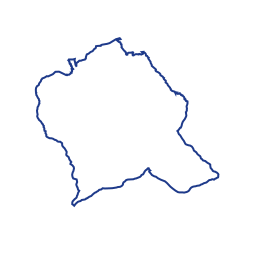 Saschiz, Mures, Romania, rotated 11°
{"feature_id": "2599482B37274548789390", "entity_name": "Saschiz", "entity_type": "district", "adm_level": 2, "iso_a3": "ROU", "parent_name": "Romania", "parent_adm1": "Mures", "projection": "robinson", "projection_center": [24.99, 46.172], "detail": "fine", "context": "isolated", "style": "outline", "palette": "blue", "viewbox_px": 256, "rotation_deg": 11, "n_neighbors": 0, "source": "geoboundaries", "source_scale": "gbopen_adm2", "svg_char_len": 5680}
<svg xmlns="http://www.w3.org/2000/svg" viewBox="0 0 256 256"><g transform="rotate(11 128 128)"><path d="M90.0,214.6L91.1,212.4L92.8,210.1L94.1,209.3L95.3,208.8L96.3,207.5L99.3,206.4L100.1,205.8L100.5,205.1L101.6,204.6L101.7,204.3L103.2,202.8L104.8,201.8L105.2,201.3L106.1,199.9L107.3,198.4L108.0,197.7L108.8,197.3L109.2,196.7L110.6,195.6L111.5,194.2L113.5,193.4L114.6,192.0L116.8,191.8L124.0,190.1L128.1,188.6L129.3,187.9L131.4,187.3L132.8,186.2L133.6,185.0L133.8,184.5L133.7,183.4L134.0,182.2L135.2,181.0L136.2,179.4L137.8,178.6L143.0,177.3L144.4,176.4L145.7,175.9L149.1,173.7L149.8,172.8L150.2,171.6L151.8,170.5L151.9,169.7L152.5,168.5L152.5,167.8L152.8,167.2L153.5,166.0L154.4,165.3L154.7,164.5L155.3,163.7L156.0,163.6L156.3,164.1L156.9,164.7L156.8,164.8L157.0,165.0L157.0,165.3L157.2,165.5L157.7,165.6L157.1,166.3L157.1,166.8L157.4,167.1L158.9,168.2L160.5,169.6L163.0,170.4L164.8,170.5L166.9,171.6L170.1,172.5L174.5,173.3L176.8,174.6L180.8,177.5L183.6,179.0L186.5,180.4L189.2,181.4L190.8,181.4L193.8,180.8L195.4,180.7L197.9,179.6L199.4,178.4L200.1,177.2L200.6,175.8L201.3,174.6L202.5,173.5L203.9,172.8L205.5,172.3L206.7,171.6L209.3,170.7L210.4,169.6L211.7,168.9L212.9,167.8L215.4,166.5L217.1,164.4L217.4,163.9L218.0,163.5L219.4,163.0L220.3,162.3L221.3,162.1L222.0,162.3L222.4,162.2L223.3,161.1L224.2,160.6L224.7,160.0L225.8,159.3L225.9,158.5L225.7,157.9L225.6,156.3L225.2,155.8L223.9,154.9L221.7,154.2L220.9,154.3L219.4,153.9L218.6,152.9L216.7,151.4L215.9,149.2L215.8,148.4L215.1,147.8L212.9,147.1L211.4,146.4L210.3,145.7L207.7,145.5L206.7,144.5L205.4,144.0L204.5,142.2L203.9,141.7L202.8,141.3L201.2,140.4L200.4,139.6L199.6,138.7L199.0,138.6L198.2,138.1L197.0,137.6L195.9,135.7L194.3,134.1L192.5,133.4L190.6,133.4L188.4,133.1L187.6,132.8L187.0,132.2L185.3,130.0L183.1,128.0L180.6,125.2L179.2,124.4L178.4,123.3L177.7,121.9L177.1,121.5L178.0,120.3L179.0,118.2L179.1,117.9L179.7,117.7L179.9,117.1L180.2,115.6L180.2,113.9L180.5,111.8L181.0,110.5L182.1,108.3L182.8,105.7L182.9,104.7L181.8,101.4L182.2,100.8L182.4,99.2L182.1,98.3L182.2,97.8L181.4,95.7L181.4,95.2L181.7,93.6L181.7,92.1L181.5,91.9L181.4,90.8L181.3,90.5L180.4,90.3L179.8,90.4L178.8,88.7L178.3,88.7L178.0,89.0L177.7,88.7L177.7,88.3L178.0,88.2L177.0,86.8L175.8,86.1L175.5,85.7L174.9,85.8L174.7,85.5L174.0,85.5L174.0,85.1L172.4,84.6L172.2,84.0L171.6,84.1L171.0,84.8L170.2,85.0L168.4,84.5L168.3,84.2L168.7,83.8L168.0,83.8L167.8,84.0L167.9,84.8L166.8,83.4L164.3,83.2L162.8,82.4L162.7,82.3L162.7,81.7L162.0,81.2L161.6,80.4L159.2,78.6L158.8,78.2L158.4,77.4L158.0,77.0L156.2,76.1L156.2,74.7L156.0,74.3L155.1,73.9L154.0,73.2L153.6,72.7L153.8,72.0L152.9,71.6L152.2,70.9L149.8,70.0L149.4,68.9L148.5,68.2L146.9,67.5L144.8,67.0L144.1,66.4L144.3,65.4L144.1,65.1L139.5,62.5L139.2,61.4L137.8,59.8L137.6,58.9L137.4,58.6L134.7,56.0L134.6,55.7L134.9,55.1L133.7,54.4L133.0,53.6L131.8,53.5L131.4,52.1L131.1,51.7L130.2,51.0L129.3,51.1L128.9,50.2L127.1,50.8L127.8,51.3L128.5,52.3L128.1,52.7L127.5,52.9L126.9,53.4L126.3,53.2L125.1,53.1L124.8,53.2L124.8,53.6L124.5,53.8L122.7,53.8L121.2,54.2L120.3,54.9L119.7,55.6L119.1,55.8L118.7,55.6L118.4,54.6L118.7,53.0L118.3,52.7L117.8,52.8L116.9,53.4L114.2,54.0L113.7,54.4L113.4,55.0L113.4,56.1L112.8,56.4L112.4,56.3L111.9,55.8L111.9,54.7L111.2,54.3L111.0,53.6L109.4,52.8L106.3,50.1L106.2,50.0L106.3,49.2L105.9,48.4L105.7,47.2L105.0,47.0L104.5,46.0L104.1,45.4L103.9,45.3L103.3,45.4L102.5,45.2L100.1,43.8L100.0,43.6L100.3,43.0L100.9,43.2L101.2,42.9L101.8,43.0L103.2,42.5L103.7,42.2L102.7,41.4L99.3,43.1L93.7,48.2L91.4,49.4L86.6,51.2L85.3,52.2L85.4,52.6L82.6,53.2L81.0,53.8L81.1,55.1L80.9,56.0L80.3,56.4L79.8,56.9L78.6,59.3L76.7,60.6L75.1,62.6L73.5,63.6L73.1,66.6L73.4,67.3L73.2,68.2L72.9,68.4L72.7,69.0L70.2,70.1L69.2,70.8L67.8,71.2L67.4,71.2L66.7,72.1L66.5,72.6L66.0,72.9L65.1,74.1L65.2,75.7L65.5,76.8L65.3,77.0L64.4,76.0L64.0,74.9L63.9,74.3L63.6,74.0L63.6,73.5L62.9,72.5L62.6,71.5L62.6,70.4L60.9,71.2L56.9,72.0L56.7,72.5L57.3,72.4L57.2,72.9L57.6,73.7L57.5,74.0L57.9,74.1L58.1,74.4L58.2,75.4L59.2,75.8L59.0,76.3L59.9,76.6L60.1,77.1L60.0,77.6L60.8,78.0L60.6,78.4L61.5,79.1L61.5,79.5L62.2,80.3L62.8,80.4L63.0,80.6L62.8,80.8L62.0,80.9L62.3,81.2L61.8,81.7L62.1,82.0L62.1,82.6L62.3,83.1L62.0,84.0L62.1,84.4L61.4,84.5L61.6,84.9L61.4,85.4L60.7,86.1L60.2,86.8L58.9,87.2L58.4,87.6L57.9,87.3L57.6,87.7L57.2,87.6L57.0,87.8L49.8,85.9L48.9,86.0L46.0,86.7L44.0,89.5L39.7,92.6L38.4,92.6L36.5,94.4L34.4,95.7L34.1,96.6L33.7,97.0L33.5,98.8L32.5,100.7L32.2,101.7L32.3,102.6L31.8,103.3L30.7,104.3L30.1,106.2L30.2,107.9L30.8,110.4L31.2,110.7L31.1,111.4L31.6,112.4L31.7,113.1L32.4,113.7L33.8,115.6L34.9,116.5L35.3,117.7L35.8,118.1L36.0,119.0L36.0,119.9L36.4,120.9L36.0,121.7L35.9,123.2L35.3,124.7L35.3,125.6L35.5,126.8L35.3,128.0L35.8,129.8L36.7,132.0L36.6,133.8L37.5,135.3L38.6,136.3L38.9,136.9L41.3,138.3L42.5,139.7L43.3,140.2L43.3,140.5L43.9,140.9L44.7,142.1L44.9,142.1L44.9,142.3L45.0,142.5L44.9,143.1L45.3,143.3L46.0,144.5L46.1,145.5L46.6,146.7L47.8,146.9L48.0,148.9L49.0,149.9L49.2,150.4L49.2,151.4L49.8,152.0L50.4,152.3L52.9,153.0L55.0,152.7L56.7,152.9L58.2,153.6L59.0,153.5L60.4,153.9L61.3,154.6L62.5,154.7L64.1,154.4L66.2,155.5L66.7,157.5L67.2,158.3L67.5,158.6L67.9,158.7L68.6,159.5L69.1,159.6L69.7,160.1L72.3,163.0L72.5,164.3L72.4,164.7L72.5,166.1L72.7,166.4L73.0,166.7L75.3,167.9L76.5,170.1L78.8,172.2L78.4,173.0L78.3,174.3L80.5,175.2L82.2,176.7L82.7,178.1L82.6,180.9L82.2,182.0L82.1,183.8L82.1,184.5L82.5,185.7L83.0,186.8L83.9,188.0L87.4,188.3L88.4,190.7L88.0,193.1L88.3,194.0L89.3,195.6L89.8,195.9L90.4,197.4L91.3,198.6L92.1,198.9L91.3,201.5L91.3,203.2L90.9,204.0L90.8,206.0L90.2,206.9L89.3,207.9L87.8,210.3L87.5,211.5L87.8,213.4L88.6,213.7L90.0,214.6Z" fill="none" stroke="#1e3a8a" stroke-width="2"/></g></svg>